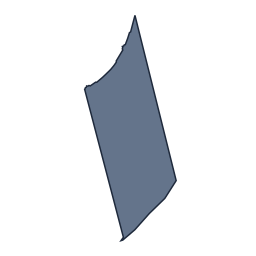 outline of 21, Ad Dawhah, Qatar, rotated 256°
{"feature_id": "91078587B24677998302133", "entity_name": "21", "entity_type": "district", "adm_level": 2, "iso_a3": "QAT", "parent_name": "Qatar", "parent_adm1": "Ad Dawhah", "projection": "albers", "projection_center": [51.517, 25.298], "detail": "fine", "context": "isolated", "style": "filled", "palette": "slate", "viewbox_px": 256, "rotation_deg": 256, "n_neighbors": 0, "source": "geoboundaries", "source_scale": "gbopen_adm2", "svg_char_len": 599}
<svg xmlns="http://www.w3.org/2000/svg" viewBox="0 0 256 256"><g transform="rotate(256 128 128)"><path d="M120.6,162.0L235.6,162.0L226.3,156.9L220.6,153.8L220.2,152.5L215.1,149.4L209.6,145.6L209.5,144.4L208.6,143.6L208.5,142.2L207.1,142.3L206.2,141.6L204.9,141.8L195.9,132.8L194.7,132.6L191.8,129.2L189.0,125.4L187.2,122.4L183.2,115.4L179.9,108.7L180.3,107.7L178.0,101.6L178.7,100.4L178.3,99.2L178.8,98.0L177.7,97.5L177.3,96.3L176.1,95.6L176.0,95.3L23.1,97.1L20.4,94.0L20.5,95.8L27.6,110.0L39.9,128.0L50.8,146.7L65.3,162.0L120.6,162.0Z" fill="#64748b" stroke="#1e293b" stroke-width="1.5"/></g></svg>